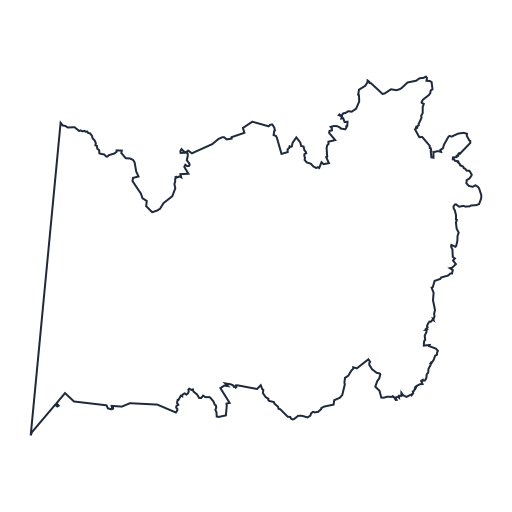 Huichapan, Hidalgo, Mexico
{"feature_id": "50627088B28469606214618", "entity_name": "Huichapan", "entity_type": "district", "adm_level": 2, "iso_a3": "MEX", "parent_name": "Mexico", "parent_adm1": "Hidalgo", "projection": "natural_earth1", "projection_center": [-99.627, 20.39], "detail": "fine", "context": "isolated", "style": "outline", "palette": "slate", "viewbox_px": 512, "rotation_deg": 0, "n_neighbors": 0, "source": "geoboundaries", "source_scale": "gbopen_adm2", "svg_char_len": 6066}
<svg xmlns="http://www.w3.org/2000/svg" viewBox="0 0 512 512"><path d="M463.7,132.8L458.1,133.6L451.6,136.6L449.7,136.0L448.6,136.5L444.0,144.6L442.9,148.4L440.4,149.8L441.1,151.9L437.8,151.1L433.4,152.2L433.5,157.7L431.4,157.4L430.7,151.1L431.3,150.9L430.8,148.3L429.8,148.1L429.7,145.8L422.2,137.0L419.3,137.2L415.0,129.3L417.0,127.9L415.3,126.7L416.0,127.0L418.7,125.4L418.6,124.1L421.5,117.8L421.2,115.8L422.7,113.0L422.7,107.0L423.8,103.9L421.7,102.8L421.6,102.0L422.9,99.7L428.8,95.1L430.2,93.2L430.7,90.6L432.5,89.2L431.6,82.1L429.8,81.0L426.5,80.8L427.0,78.0L425.9,76.6L423.5,77.9L419.5,78.3L416.2,80.7L407.5,82.5L401.7,88.0L399.7,89.2L396.4,90.2L391.0,89.3L384.8,93.4L382.6,94.0L371.1,83.3L369.5,83.0L369.3,81.8L367.6,80.5L367.5,82.1L365.4,85.7L359.0,89.7L358.2,94.5L358.7,94.5L359.0,96.1L359.2,101.5L356.1,108.7L351.7,111.7L348.3,111.2L345.6,112.9L343.1,113.4L342.2,115.0L340.8,115.3L339.5,114.4L338.8,115.1L341.9,116.5L341.3,118.5L343.2,118.2L344.6,122.1L347.5,121.7L347.2,126.0L346.2,126.3L346.5,127.5L345.2,129.3L340.6,128.5L340.0,127.5L336.9,126.1L333.9,126.0L330.7,126.9L331.8,128.2L331.9,130.4L329.5,130.9L329.1,132.9L335.2,140.1L328.4,141.7L328.5,144.0L327.2,145.3L326.6,148.1L327.2,156.7L326.2,157.1L328.9,163.1L323.6,164.2L321.5,162.2L319.2,168.0L317.9,167.2L316.3,168.0L313.4,166.5L310.8,163.7L306.7,162.4L304.6,159.9L305.0,157.8L304.3,156.0L304.5,154.0L306.2,153.2L305.8,151.8L304.4,150.3L303.6,146.6L301.1,145.9L300.3,142.5L296.3,137.4L292.6,142.8L291.8,146.4L290.9,146.9L289.6,146.3L289.3,147.7L287.6,149.4L287.7,152.1L281.5,153.9L276.8,137.5L275.8,135.9L273.6,135.1L274.2,131.0L274.9,130.5L274.3,127.6L272.3,124.5L270.3,124.7L268.6,126.3L252.3,121.7L242.9,128.0L244.4,132.8L231.5,137.2L231.6,138.6L226.7,139.4L224.0,137.2L222.1,137.3L218.6,138.9L212.3,144.1L191.9,153.3L188.2,150.6L186.5,151.9L184.7,152.2L181.5,149.1L180.4,151.1L180.6,152.9L186.9,152.7L187.6,153.3L187.8,155.6L186.8,160.2L189.3,163.5L189.6,164.9L189.0,165.9L187.1,166.1L185.3,164.8L184.3,166.9L188.4,173.7L180.4,174.2L181.2,177.3L179.4,176.4L177.6,177.4L176.4,176.7L175.6,177.0L175.9,177.9L175.2,178.7L175.2,181.3L174.4,184.1L175.3,188.3L172.3,196.2L163.5,203.1L160.1,208.7L157.0,210.6L152.2,212.2L146.2,206.2L146.7,200.9L142.5,198.3L140.9,193.6L132.5,181.1L133.0,177.9L138.5,176.5L136.2,171.5L134.6,162.3L133.1,160.0L130.1,158.5L125.7,158.2L121.3,153.0L121.8,150.6L116.6,150.4L116.5,151.9L114.1,153.6L108.7,155.2L107.6,156.5L106.3,156.6L104.2,154.5L99.8,153.6L99.3,153.1L99.2,150.3L97.3,148.7L96.9,145.9L95.4,145.3L95.8,143.1L94.6,140.4L92.6,138.3L92.0,135.9L90.1,133.4L88.2,133.0L87.2,131.5L85.5,131.7L84.5,130.9L82.5,131.3L80.6,130.4L79.2,131.0L74.5,127.2L67.7,127.5L65.5,126.0L62.8,125.5L60.6,122.8L30.7,435.4L32.0,432.1L55.1,404.8L57.3,406.5L58.7,405.7L56.5,403.3L65.0,393.1L74.0,401.5L106.5,405.3L107.9,408.4L111.6,409.3L113.1,408.6L113.0,407.8L112.0,407.6L111.6,405.9L121.8,406.6L130.0,403.2L143.7,403.9L157.3,404.6L175.9,412.5L177.3,410.2L177.4,409.1L176.2,407.7L176.5,405.8L178.3,404.8L177.0,402.8L177.7,399.8L178.5,399.9L180.8,395.7L182.2,396.3L182.1,395.2L183.4,394.0L184.8,393.4L186.3,394.6L188.0,393.3L188.7,391.6L188.4,389.6L189.2,388.7L191.7,390.0L192.8,389.4L193.4,391.5L197.2,394.6L199.1,397.9L201.2,398.0L203.1,395.6L205.3,397.1L209.3,397.1L210.3,397.7L213.4,401.4L214.7,404.6L216.0,405.6L216.2,407.6L215.4,409.9L216.5,412.4L216.7,416.6L218.9,416.9L225.9,415.4L226.7,406.2L226.5,403.6L229.6,402.9L220.4,388.1L224.3,385.6L227.9,386.1L225.2,383.4L230.7,384.3L232.9,385.2L234.0,386.9L234.9,386.3L235.7,387.6L236.3,387.2L236.2,385.3L238.0,385.4L257.1,389.0L260.7,385.2L262.3,389.2L263.3,389.9L262.9,393.1L265.7,397.2L268.4,398.7L268.2,399.8L269.1,400.9L273.9,402.1L274.3,403.5L277.9,406.6L278.6,408.9L280.2,409.2L287.7,416.7L290.3,417.0L290.9,418.5L292.7,419.4L293.8,419.2L298.2,415.8L302.0,415.8L307.5,417.4L310.4,415.6L311.0,413.5L313.0,411.8L314.8,412.4L318.2,411.8L321.1,409.2L321.2,408.2L324.1,406.6L333.6,404.6L334.2,400.2L339.8,397.8L342.3,394.9L344.8,384.4L344.4,382.6L345.0,377.8L348.3,375.7L351.2,370.8L353.2,368.7L353.2,367.3L356.9,368.3L368.4,359.3L370.1,361.9L369.3,363.0L369.3,364.8L372.0,369.2L376.6,372.8L379.8,373.5L380.3,374.3L379.3,378.3L377.2,381.2L375.3,386.7L379.5,390.8L381.3,397.6L383.8,397.7L387.2,396.7L392.1,396.9L392.6,396.2L393.6,396.7L395.8,400.0L396.6,399.9L395.5,397.6L398.0,396.7L399.1,397.7L399.0,395.8L401.4,395.9L401.4,392.8L403.1,395.2L406.5,396.9L411.9,394.2L412.0,394.8L413.2,393.2L412.8,391.5L414.2,390.6L415.3,387.0L415.8,386.6L416.0,387.5L416.9,385.8L419.8,384.3L422.5,384.0L421.1,380.9L422.7,379.9L422.8,380.7L425.1,380.4L426.4,377.8L426.7,374.4L428.2,372.5L428.5,368.8L430.5,365.1L431.0,363.5L430.5,363.3L431.3,362.3L431.8,362.6L433.6,360.0L435.1,355.7L437.0,354.7L437.1,352.5L437.9,350.9L435.9,348.6L429.1,346.1L429.6,345.0L423.8,345.6L424.1,341.1L425.2,339.9L424.7,335.7L426.4,332.1L426.7,329.9L426.0,329.9L426.9,329.3L426.0,328.9L427.6,327.3L427.0,326.1L427.7,324.2L429.4,321.6L431.0,321.7L432.7,319.5L433.5,320.1L433.0,318.7L433.6,319.0L434.5,316.2L434.1,313.9L435.0,310.1L433.0,300.2L433.6,292.7L431.6,287.7L432.8,287.1L434.6,280.9L440.3,278.9L441.1,277.5L448.2,275.5L450.3,273.5L452.0,273.5L452.8,270.1L449.9,268.2L452.0,267.8L455.9,264.1L453.0,260.5L454.9,258.5L452.8,257.0L452.4,249.2L451.3,247.3L451.1,245.6L451.4,244.9L455.4,246.8L456.2,245.9L457.4,240.6L457.5,236.1L458.7,232.6L456.7,228.8L455.9,222.5L456.9,219.9L456.0,219.4L456.0,215.0L454.7,210.1L453.7,208.6L453.5,206.4L454.9,204.5L455.9,204.3L459.2,206.7L463.2,205.9L465.6,206.6L469.8,206.3L471.0,205.5L476.4,205.1L479.1,204.0L481.2,198.3L481.3,195.1L479.1,188.5L478.0,186.9L475.4,185.3L472.7,186.8L468.8,185.9L466.4,183.3L466.7,180.1L469.4,178.5L471.5,175.6L471.7,174.6L469.4,170.8L466.5,170.6L465.2,168.7L463.8,168.2L463.2,166.6L460.2,165.4L460.3,164.6L458.0,162.4L458.5,162.0L458.2,161.3L454.8,160.7L454.1,159.4L452.8,159.3L453.0,157.4L456.6,157.1L456.7,155.8L458.2,155.8L458.2,154.2L459.6,154.0L459.4,153.1L460.6,153.0L470.3,142.9L470.2,140.9L469.4,140.6L466.8,135.9L467.0,133.8L463.7,132.8Z" fill="none" stroke="#1e293b" stroke-width="2"/></svg>